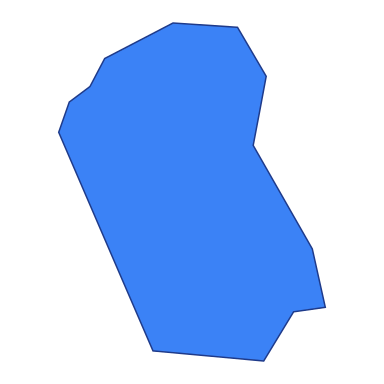 Panyijiar, Unity, South Sudan
{"feature_id": "79223893B83393378605380", "entity_name": "Panyijiar", "entity_type": "district", "adm_level": 2, "iso_a3": "SSD", "parent_name": "South Sudan", "parent_adm1": "Unity", "projection": "albers", "projection_center": [30.377, 7.529], "detail": "fine", "context": "isolated", "style": "filled", "palette": "blue", "viewbox_px": 384, "rotation_deg": 0, "n_neighbors": 0, "source": "geoboundaries", "source_scale": "gbopen_adm2", "svg_char_len": 364}
<svg xmlns="http://www.w3.org/2000/svg" viewBox="0 0 384 384"><path d="M203.7,355.5L263.7,361.0L293.6,311.8L325.3,307.3L319.5,281.3L312.3,248.9L253.2,145.4L256.6,127.4L259.2,113.8L266.2,76.3L237.5,27.3L173.0,23.0L104.7,58.5L90.0,86.5L69.3,102.0L58.7,132.3L121.2,277.3L149.9,343.7L153.0,350.9L203.7,355.5Z" fill="#3b82f6" stroke="#1e3a8a" stroke-width="1.5"/></svg>